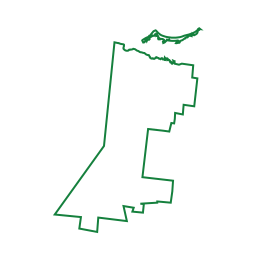 Lázaro Cárdenas, Quintana Roo, Mexico, rotated 6°
{"feature_id": "50627088B14246153618123", "entity_name": "Lázaro Cárdenas", "entity_type": "district", "adm_level": 2, "iso_a3": "MEX", "parent_name": "Mexico", "parent_adm1": "Quintana Roo", "projection": "mercator", "projection_center": [-87.297, 21.095], "detail": "fine", "context": "isolated", "style": "outline", "palette": "green", "viewbox_px": 256, "rotation_deg": 6, "n_neighbors": 0, "source": "geoboundaries", "source_scale": "gbopen_adm2", "svg_char_len": 5337}
<svg xmlns="http://www.w3.org/2000/svg" viewBox="0 0 256 256"><g transform="rotate(6 128 128)"><path d="M167.3,56.8L166.9,56.9L166.5,56.5L166.2,56.4L166.4,56.8L166.2,56.9L166.3,57.1L166.1,57.5L166.0,57.8L166.1,58.2L166.1,58.4L165.9,58.9L165.5,59.4L165.1,59.4L164.9,59.1L164.7,59.2L164.4,58.8L164.4,58.5L164.3,58.4L164.4,58.2L164.2,58.0L163.9,58.5L163.7,58.3L163.7,58.1L163.8,58.0L163.7,57.9L163.2,58.0L163.2,57.8L162.8,57.0L162.6,57.0L162.5,56.7L162.2,56.5L162.0,56.1L161.4,56.0L161.2,56.0L161.1,56.3L160.9,56.3L160.7,56.1L160.8,55.9L160.8,55.6L160.7,55.5L160.7,55.8L160.4,56.0L160.4,55.8L160.5,55.5L160.4,55.4L160.2,55.4L160.1,55.5L160.0,55.4L159.9,55.4L159.7,55.7L159.2,55.8L159.3,55.2L158.9,55.1L159.0,55.6L158.9,55.8L158.6,55.8L158.6,56.1L158.2,56.1L157.9,55.8L157.8,55.5L157.9,55.4L157.8,55.2L158.1,55.0L158.1,54.8L157.8,54.9L157.5,54.7L157.5,54.4L157.3,54.2L157.3,54.7L157.6,55.0L157.6,55.6L157.7,55.9L157.7,56.5L157.2,56.5L157.0,56.3L156.6,56.2L156.3,56.1L156.1,56.0L155.9,56.1L155.7,56.1L155.7,55.9L155.2,55.9L155.0,55.7L154.9,55.3L154.5,55.5L154.2,55.3L154.0,55.0L153.6,55.0L153.6,54.9L153.4,55.4L153.5,55.8L153.3,56.0L153.1,55.9L153.0,56.0L152.8,55.8L152.1,55.9L151.9,55.9L151.8,55.6L151.1,55.5L150.8,55.2L150.4,55.2L149.0,54.6L148.8,54.6L148.7,54.8L148.3,55.0L148.3,55.5L148.0,55.6L147.9,55.8L147.5,55.9L147.4,56.0L146.9,56.2L146.7,56.5L146.1,56.3L146.0,56.5L145.8,56.5L145.2,56.1L144.5,56.5L144.0,56.5L143.7,56.4L143.5,56.2L143.4,56.2L143.2,56.0L142.8,55.9L142.6,55.3L142.4,55.3L142.1,55.0L141.4,53.6L141.2,53.4L140.8,53.3L140.1,53.4L139.2,53.2L138.4,53.0L136.5,51.7L135.3,51.7L133.5,51.3L132.9,51.4L131.8,51.2L131.6,51.0L130.8,50.7L130.4,50.4L128.9,50.1L126.7,48.9L125.9,48.8L124.9,48.7L124.5,49.1L123.5,49.6L122.3,49.7L121.4,49.9L121.4,50.0L121.0,50.0L120.8,50.2L120.6,50.6L120.3,50.7L120.0,51.1L119.6,51.2L118.6,51.3L118.1,51.3L117.0,51.0L116.5,50.7L115.5,50.0L115.2,49.5L115.3,49.2L115.1,48.7L115.2,48.4L115.2,47.9L115.3,47.5L115.4,47.4L115.4,46.1L115.3,45.6L114.9,45.3L111.9,45.1L110.2,44.7L109.9,44.5L109.3,44.6L105.6,44.2L106.0,148.4L64.2,221.7L90.5,221.5L90.1,233.1L108.2,234.6L107.8,220.2L136.6,220.7L131.7,206.1L142.0,206.7L141.1,210.7L151.7,210.6L151.7,202.0L148.2,202.0L164.9,199.2L164.8,198.0L178.3,197.8L178.7,186.4L178.3,175.7L147.5,175.4L148.1,126.9L163.0,127.0L169.4,127.2L170.6,118.5L173.4,118.6L173.6,114.1L173.3,108.1L181.1,108.8L180.9,99.1L191.6,99.5L191.8,71.4L186.6,71.1L186.3,58.8L174.8,58.4L172.1,59.7L167.9,59.2L167.5,58.0L167.3,56.8ZM188.4,21.4L187.4,22.2L187.0,23.2L185.9,24.4L184.4,25.7L182.4,26.9L178.9,28.6L174.3,30.3L172.2,31.4L170.2,32.2L167.8,32.8L166.4,33.1L162.1,33.6L158.0,33.5L155.9,33.3L152.6,32.6L151.3,32.2L149.9,31.5L148.1,30.3L145.7,28.2L145.2,28.0L144.1,28.6L143.2,29.2L140.3,33.6L138.5,35.4L136.8,36.3L135.4,37.3L133.2,39.0L133.0,39.5L134.2,41.4L135.1,41.2L135.3,41.0L135.3,40.8L136.1,39.5L136.1,39.2L136.4,39.0L136.5,39.1L136.5,39.7L136.6,39.8L137.1,39.5L137.2,39.0L137.4,39.1L137.6,39.5L137.7,39.2L137.4,38.8L137.1,38.0L138.0,37.6L138.2,37.8L138.7,37.9L138.8,38.1L139.4,38.1L139.4,37.9L139.2,37.7L139.8,37.5L140.1,37.4L139.9,36.4L139.5,36.0L139.4,35.8L139.6,35.7L139.8,36.0L140.0,35.9L140.1,36.1L140.3,36.0L140.4,35.7L140.7,35.4L140.8,35.0L140.5,34.6L141.1,34.7L141.2,34.4L141.3,34.3L141.7,34.5L141.8,34.3L142.4,34.2L142.5,34.1L142.9,34.0L143.1,33.9L143.0,33.7L143.3,33.6L143.3,33.4L143.9,33.5L144.7,33.5L144.9,33.3L144.9,33.0L145.1,32.8L145.1,32.2L145.5,32.2L145.8,31.7L146.0,32.1L146.1,31.8L146.6,31.6L147.1,31.8L146.9,32.4L147.2,32.4L147.0,32.5L146.9,32.7L146.8,33.4L147.3,33.2L147.5,33.3L147.7,33.5L148.4,33.5L148.5,33.9L148.4,34.2L148.4,34.4L149.1,34.9L148.8,35.2L148.9,35.4L148.6,35.9L148.7,36.2L149.0,36.6L149.6,36.6L149.8,36.5L150.3,36.5L150.3,36.3L150.7,36.1L150.8,35.9L151.0,36.0L152.1,35.9L153.1,35.9L154.0,36.2L154.6,36.6L154.7,37.4L154.3,37.8L153.7,38.3L153.7,38.5L153.9,38.6L154.2,38.6L154.3,38.9L154.0,39.2L154.2,39.8L155.3,39.2L155.7,38.9L156.1,38.4L156.5,37.7L156.8,37.5L156.7,37.3L156.9,37.1L157.4,36.7L157.4,36.1L158.0,36.1L158.3,36.6L159.0,36.7L159.7,35.6L159.8,35.7L159.8,35.9L159.4,36.7L160.7,36.8L163.3,36.7L165.5,36.4L167.3,36.1L167.8,35.8L168.2,35.9L168.3,35.9L168.2,36.3L167.9,36.4L167.8,36.6L168.1,36.7L168.5,36.4L168.7,36.5L168.2,37.0L168.5,37.2L168.3,37.3L168.4,37.5L168.5,37.5L169.0,37.2L169.3,36.9L169.3,36.6L169.4,36.4L170.4,36.2L170.4,36.3L170.0,36.6L170.4,36.5L170.6,36.6L170.3,37.0L170.2,37.4L170.0,37.6L169.4,37.8L169.0,37.8L167.6,38.3L167.1,38.2L166.9,38.6L167.4,38.6L169.0,38.0L170.0,37.9L170.3,37.7L170.8,36.4L171.5,35.6L172.3,35.2L172.9,35.0L174.6,33.4L175.3,33.1L175.2,32.9L175.3,32.7L175.8,32.2L176.2,32.1L176.5,31.9L177.0,31.8L176.9,31.6L177.2,31.4L177.4,31.6L177.8,31.4L177.9,31.2L178.1,31.1L178.3,30.4L178.6,30.1L180.7,29.7L181.3,30.0L181.6,30.0L181.6,29.7L181.3,29.5L180.8,29.4L180.6,29.6L179.4,29.7L179.5,29.5L180.3,29.1L180.3,28.8L181.3,28.9L181.2,29.0L181.3,29.1L181.4,28.9L181.5,28.9L181.7,29.1L181.7,28.6L182.2,28.8L182.3,28.7L182.2,28.5L182.2,27.9L182.6,28.3L182.6,28.5L182.5,28.3L182.4,28.3L182.5,28.5L182.8,28.6L182.9,28.2L183.0,28.1L183.0,28.5L184.1,28.8L184.3,28.6L184.6,28.5L184.8,28.3L185.4,28.0L186.1,27.4L186.6,26.9L187.1,25.9L187.1,24.8L187.6,23.7L187.7,23.1L188.0,22.8L188.0,22.7L188.3,22.6L188.2,23.0L187.9,23.2L188.6,23.0L189.0,22.1L189.5,22.1L188.4,21.4Z" fill="none" stroke="#15803d" stroke-width="2"/></g></svg>